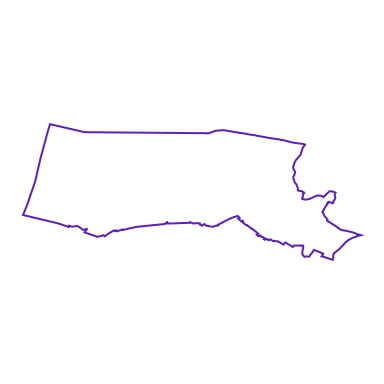 the district of Heemskerk, Noord-Holland, Netherlands
{"feature_id": "6326949B56112339503679", "entity_name": "Heemskerk", "entity_type": "district", "adm_level": 2, "iso_a3": "NLD", "parent_name": "Netherlands", "parent_adm1": "Noord-Holland", "projection": "equal_earth", "projection_center": [4.68, 52.51], "detail": "fine", "context": "isolated", "style": "outline", "palette": "violet", "viewbox_px": 384, "rotation_deg": 0, "n_neighbors": 0, "source": "geoboundaries", "source_scale": "gbopen_adm2", "svg_char_len": 5686}
<svg xmlns="http://www.w3.org/2000/svg" viewBox="0 0 384 384"><path d="M332.8,259.8L332.9,259.1L333.2,258.2L333.4,257.5L333.4,257.3L333.2,256.2L333.2,255.2L333.3,254.8L333.5,254.3L333.8,253.6L333.9,253.3L336.0,251.7L337.7,250.4L338.4,249.9L338.8,249.6L340.0,248.4L340.7,247.6L341.3,247.0L341.7,246.4L342.4,245.8L343.7,244.6L343.9,244.4L344.2,243.8L344.6,243.3L345.4,242.6L346.2,241.7L347.3,241.0L347.5,240.8L348.0,240.3L349.3,239.6L352.0,238.1L352.5,237.8L353.6,237.5L355.4,236.9L356.9,236.2L361.0,235.2L360.1,234.9L358.6,234.5L356.5,234.0L356.3,233.9L356.1,233.6L355.9,233.5L352.5,232.3L351.6,232.0L343.0,230.2L342.0,230.2L341.5,230.0L341.3,229.9L341.0,229.8L341.0,229.7L340.4,229.5L340.1,229.2L339.5,228.9L339.1,228.7L338.6,228.2L337.9,227.8L335.9,226.3L335.9,226.1L335.7,225.9L335.2,225.6L334.8,225.5L333.1,224.5L332.3,224.0L331.1,223.1L328.6,221.7L327.8,221.2L327.0,220.5L327.3,220.0L327.5,219.8L327.5,219.6L326.7,218.5L326.2,217.7L325.1,216.7L324.0,215.3L323.8,214.9L323.6,213.9L323.1,212.5L322.8,212.1L322.5,212.0L323.3,210.5L324.3,208.7L325.8,206.3L328.0,203.0L327.6,202.8L328.6,201.8L330.7,202.6L332.7,203.3L333.7,201.6L333.5,201.4L334.9,199.1L335.1,198.7L335.2,198.3L335.3,197.9L335.3,197.6L335.2,197.2L334.7,195.2L334.7,194.8L334.8,194.4L334.9,193.9L335.0,193.5L335.2,193.1L335.5,192.7L332.8,191.5L332.1,191.5L331.3,191.4L329.6,191.2L326.4,194.2L323.5,197.1L322.6,196.5L322.1,196.3L321.1,195.9L320.1,195.6L319.6,195.5L319.0,195.5L317.5,195.6L316.9,195.7L316.2,195.9L311.9,197.9L310.4,198.6L308.7,199.1L307.7,199.4L306.5,199.5L305.7,199.6L304.9,199.5L304.1,199.4L302.5,199.1L302.3,198.8L302.0,198.5L302.6,197.5L302.8,197.0L302.9,196.4L302.9,195.9L302.9,195.3L302.9,194.8L303.4,194.2L304.1,193.1L303.2,192.8L303.5,192.5L303.6,192.4L303.6,192.2L303.2,192.0L301.6,191.1L301.2,191.0L300.5,191.0L299.8,190.9L299.1,190.8L298.6,190.7L297.8,190.4L297.9,189.5L298.0,189.1L296.6,184.6L296.5,184.4L296.2,184.1L295.6,183.6L295.4,183.3L295.1,183.0L294.7,182.2L294.4,181.5L294.0,179.8L293.7,179.2L293.4,178.4L293.2,177.8L293.2,177.5L293.2,177.3L293.4,176.5L294.0,175.6L294.6,174.0L294.7,173.5L294.8,173.4L295.2,172.8L295.2,172.7L294.8,171.4L293.6,169.2L293.3,168.4L293.1,167.9L293.1,167.7L293.3,166.9L293.4,166.1L293.7,165.4L293.8,165.1L293.9,164.4L294.0,164.2L294.9,162.0L295.3,161.4L295.6,160.7L296.0,160.0L296.8,159.2L297.0,159.0L297.3,158.6L298.2,157.6L298.6,157.0L299.0,156.7L299.1,156.4L299.3,156.1L300.1,155.3L300.5,154.8L300.7,154.4L300.8,154.2L300.8,153.8L300.9,153.3L301.1,152.7L301.5,152.1L301.6,151.4L301.9,150.3L302.3,149.1L302.6,148.4L302.8,147.8L303.1,147.1L303.8,146.5L303.9,146.2L304.3,145.7L304.4,145.4L304.5,145.3L304.7,145.1L305.0,145.0L305.1,144.9L305.0,144.6L304.9,144.6L304.7,144.5L303.9,144.2L302.3,143.8L299.0,143.5L297.2,143.2L294.9,142.9L293.9,142.7L292.4,142.5L291.0,142.2L290.5,142.0L286.3,141.0L283.7,140.3L282.4,140.0L281.1,139.9L280.4,139.7L278.5,139.3L268.3,137.8L266.9,137.6L265.3,137.1L264.4,137.1L261.0,136.4L259.9,136.3L257.6,135.9L257.2,135.8L255.0,135.3L252.8,134.9L252.3,134.9L251.3,134.8L251.0,134.8L247.1,134.0L244.5,133.5L243.4,133.4L241.6,133.1L240.4,133.0L238.1,132.6L237.6,132.5L236.9,132.4L235.6,132.2L230.9,131.4L228.5,131.0L223.7,130.2L222.9,130.2L220.1,130.4L217.8,130.6L217.3,130.6L215.3,130.9L214.0,131.3L212.0,132.1L208.6,133.3L208.2,133.3L208.3,133.2L84.8,132.2L49.9,124.2L47.6,132.2L40.6,158.0L35.2,181.3L27.1,205.0L23.0,215.0L58.9,223.6L68.8,227.0L68.9,225.7L69.3,225.8L72.0,226.7L77.6,226.0L83.2,229.9L87.6,228.7L87.2,229.0L86.4,229.9L86.0,230.3L85.3,231.3L84.6,232.4L97.5,236.8L102.0,235.7L103.5,235.2L104.7,236.3L110.2,232.6L113.8,230.4L115.1,231.3L115.3,231.3L115.6,231.1L115.8,230.9L115.9,230.3L116.0,230.2L116.3,230.2L117.3,231.3L122.6,229.4L122.8,230.0L124.7,229.6L127.8,228.8L136.3,226.9L164.7,224.0L166.8,222.3L167.2,222.2L167.2,223.5L174.0,223.4L180.9,223.1L189.9,222.8L190.1,222.1L192.6,223.2L192.9,223.5L193.3,223.4L195.2,223.4L195.4,223.2L199.9,223.3L200.0,223.4L200.0,223.5L199.8,224.6L200.6,224.8L201.4,225.4L201.4,225.2L202.2,225.4L204.1,224.1L204.8,224.3L204.7,224.7L206.0,225.5L206.1,225.4L207.4,225.9L207.7,226.0L208.0,225.8L208.3,226.1L213.4,226.8L214.2,226.3L214.3,226.3L214.8,226.0L215.4,225.8L217.5,225.6L218.1,225.5L217.9,224.7L218.4,224.6L218.6,224.4L218.8,224.4L221.2,223.2L221.4,223.0L221.5,223.1L221.8,222.9L222.5,222.5L222.8,222.4L223.3,222.0L224.1,221.6L224.8,221.2L226.9,220.2L229.9,218.7L231.0,218.2L233.3,217.3L235.7,216.6L235.9,216.5L237.7,215.9L239.1,217.3L238.9,217.4L239.5,218.0L238.2,218.7L239.1,219.5L239.3,219.6L241.4,221.4L241.5,221.3L242.5,220.7L243.2,221.5L242.4,222.1L246.4,225.4L247.0,225.0L248.9,226.6L249.4,227.0L250.6,227.8L250.6,228.0L251.1,228.3L251.4,228.6L251.5,228.5L252.2,228.9L253.1,229.5L254.5,230.6L256.2,231.9L256.2,232.0L258.1,233.5L256.6,234.7L258.1,235.7L258.8,236.3L259.9,235.4L262.0,237.0L262.1,236.9L262.3,236.9L262.5,236.8L264.9,238.5L264.0,239.2L264.8,239.8L265.1,239.5L266.2,238.8L267.8,239.8L268.1,239.5L269.2,240.3L270.5,239.3L271.9,240.3L272.0,240.3L272.3,240.5L272.9,241.0L273.5,241.0L273.9,241.3L274.6,240.8L275.2,241.0L276.3,241.3L277.4,241.4L278.2,241.7L278.3,241.5L281.1,243.2L281.1,243.3L283.3,244.6L285.4,242.5L292.9,247.0L293.6,245.7L293.9,245.7L294.0,245.6L302.8,245.5L302.6,245.9L302.9,245.9L303.0,246.0L303.3,246.9L303.2,247.7L303.3,248.3L302.7,249.7L302.5,250.1L302.5,250.3L302.5,252.2L302.3,252.9L302.4,254.2L302.5,254.6L303.1,255.3L303.4,255.7L303.9,256.2L304.5,256.8L305.0,256.6L305.4,256.6L306.9,256.5L308.1,256.5L309.2,256.7L309.3,256.5L310.0,255.4L312.9,251.6L313.0,251.3L314.0,249.9L323.2,253.6L323.3,253.9L321.6,256.3L322.8,256.6L324.8,257.2L325.4,257.4L331.6,259.5L332.3,259.7L332.8,259.8Z" fill="none" stroke="#5b21b6" stroke-width="2"/></svg>